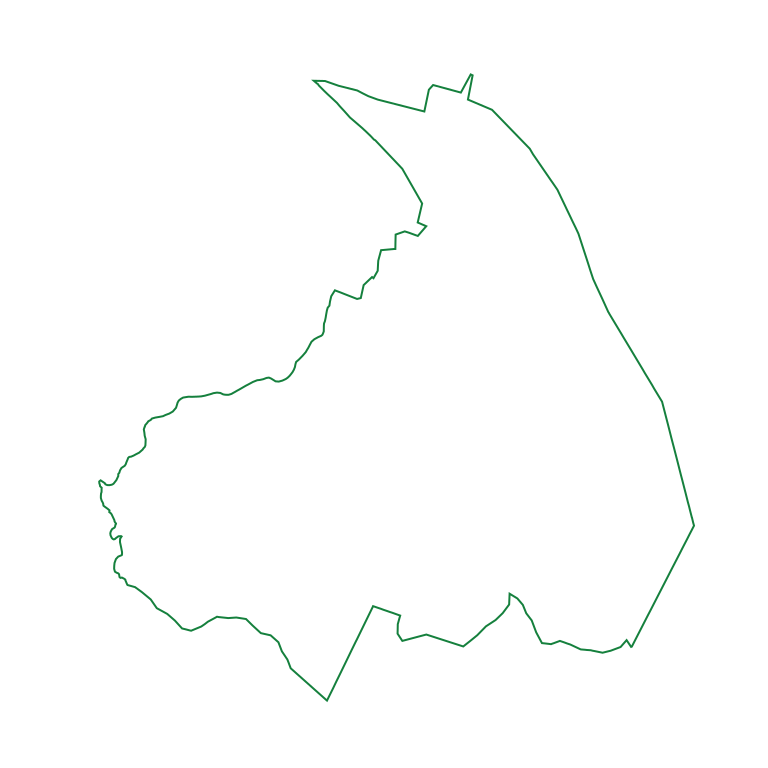 Mazatlán Villa de Flores, Oaxaca, Mexico, rotated 174°
{"feature_id": "50627088B32385054686880", "entity_name": "Mazatlán Villa de Flores", "entity_type": "district", "adm_level": 2, "iso_a3": "MEX", "parent_name": "Mexico", "parent_adm1": "Oaxaca", "projection": "robinson", "projection_center": [-96.881, 18.015], "detail": "fine", "context": "isolated", "style": "outline", "palette": "green", "viewbox_px": 768, "rotation_deg": 174, "n_neighbors": 0, "source": "geoboundaries", "source_scale": "gbopen_adm2", "svg_char_len": 5468}
<svg xmlns="http://www.w3.org/2000/svg" viewBox="0 0 768 768"><g transform="rotate(174 384 384)"><path d="M109.3,337.3L115.9,351.3L117.5,355.0L121.6,363.7L123.5,367.7L125.1,371.3L133.9,390.2L134.3,391.1L141.0,405.4L142.5,408.7L152.5,430.1L153.0,431.4L153.4,432.1L158.0,445.9L160.1,452.0L162.3,458.4L164.7,465.6L165.0,466.5L166.9,475.2L168.1,481.1L169.4,487.3L171.5,497.1L174.8,512.6L175.0,513.4L176.9,518.9L179.6,526.3L181.6,532.0L183.9,538.4L185.3,542.4L188.3,550.8L191.2,559.0L191.3,559.2L194.0,564.2L196.7,569.1L211.8,596.9L214.4,602.7L247.9,645.4L270.8,658.1L263.6,681.7L265.4,682.8L277.1,665.8L303.9,676.2L308.6,672.0L315.4,650.8L360.5,667.5L369.5,671.9L374.5,675.1L379.9,678.7L397.9,685.3L411.0,691.5L422.1,692.9L419.2,689.8L418.3,689.1L417.7,687.8L412.9,681.8L409.7,678.0L406.7,674.6L403.4,670.8L401.4,668.5L399.1,665.1L398.0,663.6L395.3,660.0L390.0,652.6L378.7,640.6L376.9,638.5L376.5,638.1L374.8,636.1L371.2,631.8L368.4,628.1L367.2,627.3L365.3,624.8L343.3,596.1L327.2,559.5L333.6,541.1L325.5,536.5L334.9,527.7L343.3,531.8L347.4,533.6L356.8,531.4L357.8,523.7L358.6,517.1L360.0,517.2L372.9,517.4L376.8,507.3L377.2,505.0L378.3,498.1L378.4,497.3L383.4,490.3L384.7,491.6L393.9,484.5L398.1,471.9L401.9,471.4L413.7,477.5L417.7,479.6L422.1,481.8L423.0,482.3L427.3,476.8L429.1,471.6L430.1,467.6L432.0,465.8L433.1,463.1L434.3,459.0L435.1,456.0L436.2,452.6L437.3,450.5L437.7,448.3L438.0,445.9L438.4,442.6L439.5,440.4L440.2,439.3L441.4,438.5L444.8,437.4L448.6,435.8L451.7,433.6L453.6,430.8L455.5,427.9L457.2,425.7L458.4,424.0L462.1,420.5L463.8,419.1L466.1,417.2L469.1,415.1L470.0,412.9L470.8,410.2L472.1,407.7L473.7,405.4L475.4,403.6L477.0,402.0L479.2,400.3L481.2,399.2L484.7,398.0L488.4,397.4L491.6,398.0L493.2,399.3L495.8,401.3L497.8,402.4L500.2,402.3L503.6,401.4L507.1,401.0L509.7,401.0L514.3,399.7L514.5,399.6L519.6,397.5L521.2,396.9L522.8,396.2L526.8,394.4L528.6,393.6L530.8,392.7L533.0,391.7L535.4,390.7L536.7,390.1L539.2,389.6L539.9,389.5L542.9,389.9L544.4,390.3L545.2,390.6L547.7,392.2L549.1,392.5L551.0,392.9L554.8,392.7L555.5,392.5L557.4,392.1L560.4,391.6L563.3,391.1L567.1,390.8L570.1,390.9L575.9,391.3L576.1,391.3L579.8,391.8L585.2,391.5L587.7,390.4L589.8,389.0L591.2,387.1L592.3,384.4L593.3,382.1L596.9,378.7L600.7,377.0L602.7,376.5L604.6,376.0L607.1,375.1L610.5,374.8L615.0,374.5L618.4,373.9L619.8,372.6L620.8,372.2L622.4,371.5L622.9,370.8L624.5,369.2L625.8,368.0L626.3,366.5L626.6,366.3L627.6,364.0L627.4,360.5L627.4,357.5L626.8,354.0L627.2,351.2L627.7,347.9L628.5,346.4L629.8,345.3L630.1,345.0L630.9,344.0L634.7,341.3L638.1,340.0L640.7,338.9L641.5,338.7L643.0,338.2L645.0,338.1L646.2,337.2L646.9,335.7L647.7,334.3L648.5,332.8L649.3,331.1L650.5,329.7L652.3,328.8L653.9,327.9L655.6,325.6L656.5,323.4L657.7,322.2L657.9,320.2L659.0,318.4L660.2,316.4L663.4,313.1L664.4,312.6L665.3,312.3L667.8,312.1L669.8,312.4L671.6,313.4L672.0,314.5L675.9,317.8L676.7,317.3L677.4,316.8L677.5,315.2L677.1,313.4L677.0,311.9L676.0,310.8L675.6,310.3L675.8,309.5L675.9,308.7L676.0,307.6L676.1,306.8L676.3,305.8L676.8,304.8L677.1,303.3L677.3,302.1L677.5,300.2L677.0,297.5L676.3,295.9L675.8,294.4L675.8,293.1L675.7,292.3L674.7,291.3L671.8,288.7L670.2,287.0L670.6,285.3L669.2,284.0L668.5,282.8L666.4,276.8L666.3,275.4L665.9,274.5L665.3,273.5L665.1,273.3L665.2,272.8L665.8,272.1L666.2,270.8L666.7,269.7L667.1,269.3L668.6,268.6L669.7,268.0L671.2,265.8L671.8,264.2L671.8,262.2L670.9,259.5L670.0,258.3L669.0,257.7L667.9,257.9L666.5,258.9L664.0,260.3L661.4,260.2L660.9,259.8L662.6,257.7L663.1,254.4L662.5,248.9L662.1,244.2L662.3,242.2L662.7,241.2L666.4,240.1L668.9,237.9L670.7,234.2L671.3,231.3L671.7,228.4L671.2,225.5L669.7,224.3L668.0,223.4L667.5,222.7L667.3,221.8L667.3,220.7L667.1,219.4L666.2,218.7L664.9,218.9L663.7,218.1L662.5,217.3L662.1,216.9L661.7,216.4L661.7,215.6L661.4,214.9L661.0,213.5L660.6,212.1L660.1,210.9L652.8,208.0L646.4,202.2L638.5,194.1L633.4,184.8L623.6,178.0L619.4,173.5L616.7,170.6L610.4,162.0L606.5,160.6L603.1,159.3L601.6,158.8L591.1,161.9L587.4,163.9L584.0,166.0L581.8,166.9L576.0,169.3L574.4,170.0L572.8,169.5L564.3,167.7L563.6,167.5L555.3,167.2L545.8,164.7L539.9,157.5L532.5,149.1L523.0,145.9L516.0,138.2L513.5,128.8L508.9,120.1L507.8,116.1L506.5,111.0L484.0,86.3L473.8,75.1L470.0,81.1L466.5,86.6L462.7,92.8L458.1,100.1L451.0,111.5L443.8,123.1L438.4,131.7L438.1,132.1L426.8,150.2L418.6,163.3L418.1,164.2L416.1,163.3L415.5,163.0L412.9,161.8L410.9,160.9L408.1,159.5L404.4,157.8L402.1,156.7L399.6,155.6L396.1,153.9L392.1,152.0L393.2,149.3L395.4,143.7L396.2,137.3L396.6,134.3L392.9,127.1L392.6,126.6L375.3,129.3L368.1,130.4L337.6,116.9L332.6,114.7L324.4,119.9L319.2,123.3L317.5,124.4L315.1,126.4L309.4,131.1L308.0,132.3L297.7,137.6L289.9,143.7L282.6,151.6L281.0,162.3L273.8,156.8L269.0,149.8L266.5,141.1L261.8,133.4L258.6,121.1L254.0,109.8L250.7,109.1L245.0,107.8L244.1,108.1L242.2,108.5L241.1,108.8L235.9,110.1L231.6,108.1L229.0,106.8L226.3,105.6L225.9,105.4L216.3,99.6L216.1,99.5L215.7,99.4L211.5,98.6L210.2,98.3L206.2,97.6L204.3,96.9L202.9,96.5L200.7,95.8L196.9,94.6L194.7,93.9L193.3,94.1L188.3,94.8L186.6,95.0L176.2,97.7L169.5,103.9L165.5,96.3L165.3,96.0L165.4,96.4L164.8,97.2L145.2,127.2L143.0,130.5L137.9,138.3L121.4,163.5L117.1,170.1L107.3,185.0L104.4,189.5L101.7,193.6L98.6,198.3L95.5,203.1L93.5,206.1L90.5,210.7L91.0,213.7L91.7,219.0L91.8,219.1L92.9,226.6L93.4,230.3L94.1,234.5L95.4,243.6L97.5,257.8L98.2,262.3L99.1,268.5L100.4,277.5L102.3,290.3L103.8,300.0L104.9,307.7L105.7,313.2L109.3,337.3Z" fill="none" stroke="#15803d" stroke-width="2"/></g></svg>